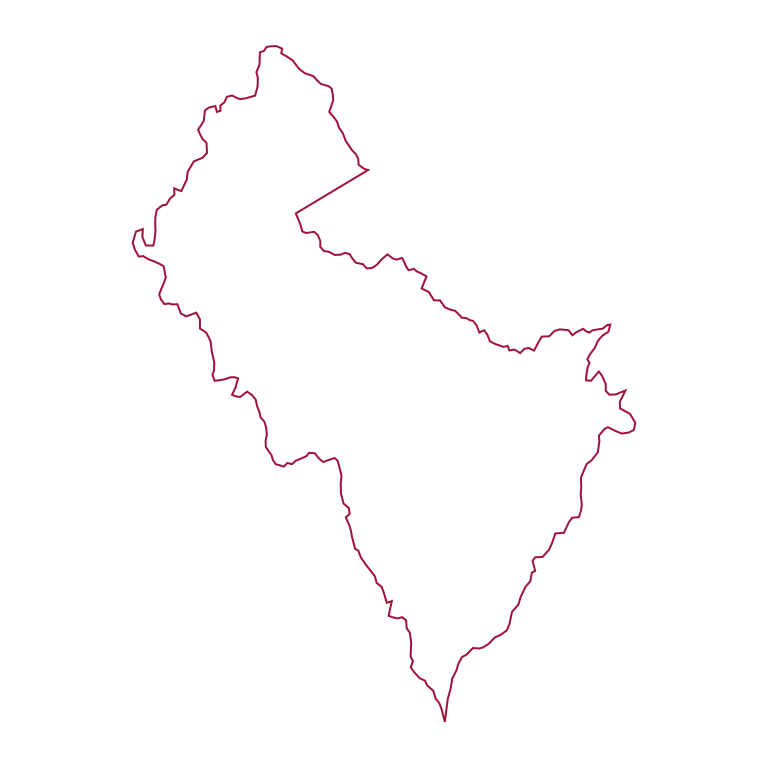 outline of Trombas, Goiás, Brazil
{"feature_id": "56859067B26848935724930", "entity_name": "Trombas", "entity_type": "district", "adm_level": 2, "iso_a3": "BRA", "parent_name": "Brazil", "parent_adm1": "Goiás", "projection": "equal_earth", "projection_center": [-48.759, -13.427], "detail": "fine", "context": "isolated", "style": "outline", "palette": "rose", "viewbox_px": 768, "rotation_deg": 0, "n_neighbors": 0, "source": "geoboundaries", "source_scale": "gbopen_adm2", "svg_char_len": 4143}
<svg xmlns="http://www.w3.org/2000/svg" viewBox="0 0 768 768"><path d="M444.8,721.9L447.7,699.3L450.7,688.3L452.1,679.0L456.4,670.4L458.2,664.2L462.0,657.0L466.3,654.8L473.0,648.0L479.5,648.5L483.2,647.3L488.7,643.8L495.0,637.3L500.4,635.0L506.8,630.4L509.4,624.2L512.0,611.9L518.4,604.6L520.6,597.1L525.4,587.0L530.3,581.2L531.8,572.7L535.2,570.9L532.6,560.9L535.2,557.3L542.6,556.9L548.9,549.9L551.8,543.8L555.3,533.5L563.9,532.8L569.0,522.0L572.2,517.7L578.8,517.2L581.0,510.7L581.8,504.7L580.7,494.4L581.3,487.8L580.9,477.6L586.6,464.1L591.7,460.2L597.9,452.1L599.4,441.1L598.9,435.6L604.5,429.0L608.0,427.2L615.1,430.8L622.0,433.6L628.8,432.5L633.9,430.0L635.3,422.7L630.0,413.9L620.1,408.5L619.8,401.9L625.4,390.5L615.8,394.4L609.3,394.7L605.8,390.8L605.6,383.6L602.0,375.8L598.9,371.5L590.9,380.8L586.0,380.3L586.6,373.0L587.7,367.2L589.5,362.9L587.3,359.2L590.3,353.9L594.8,347.9L597.7,341.3L600.4,337.9L603.2,335.1L608.4,331.8L610.3,324.5L606.7,325.3L602.8,328.6L592.5,330.3L589.4,332.6L586.0,331.3L583.2,328.8L576.1,332.3L572.4,335.3L568.6,330.3L564.6,329.8L559.8,329.4L554.4,331.0L549.2,336.3L541.8,336.6L538.9,341.4L534.1,350.6L528.8,348.0L524.4,348.8L520.2,353.1L514.7,349.6L509.3,350.4L507.7,345.9L503.7,346.9L495.4,344.1L490.0,341.4L487.4,334.8L484.0,330.2L479.4,332.6L476.4,325.0L473.0,320.9L469.7,320.1L466.1,318.0L462.0,317.8L458.6,314.2L455.3,310.9L449.9,309.5L445.0,307.4L440.1,300.4L434.0,300.4L428.9,292.1L421.7,288.5L423.4,284.1L426.5,276.5L420.6,273.0L416.8,271.5L413.9,268.9L408.6,270.2L406.2,266.5L402.2,258.0L396.6,259.6L392.7,258.4L387.5,254.4L381.7,259.3L377.0,264.7L372.4,267.8L366.9,268.5L362.9,264.2L355.9,262.7L352.4,258.5L349.5,254.0L344.9,252.9L340.6,254.7L334.6,254.9L329.1,251.9L323.8,250.9L320.3,246.9L320.3,241.1L317.8,235.1L314.1,231.8L306.1,233.0L302.3,231.5L300.5,224.8L295.8,213.4L368.1,170.0L364.0,168.8L358.6,164.7L358.2,158.7L355.6,153.9L352.2,150.4L346.0,141.4L342.7,133.0L338.9,127.5L337.1,121.8L334.6,118.2L329.2,111.9L333.2,100.4L332.9,95.6L331.7,88.6L328.6,86.2L321.0,84.0L317.4,80.7L313.4,76.2L304.8,73.2L299.2,69.0L292.6,60.4L286.6,56.4L281.3,53.3L282.1,48.6L276.3,46.1L270.2,46.3L266.4,47.1L264.0,50.9L259.9,52.3L259.5,64.9L256.4,72.2L257.7,77.2L257.8,82.0L257.5,86.8L255.1,95.6L245.5,98.4L239.9,99.1L236.0,97.6L232.1,95.5L227.0,96.8L224.3,102.4L220.3,105.6L220.5,110.7L217.0,112.0L215.3,106.1L209.3,107.4L205.0,110.2L203.7,121.0L198.1,129.8L200.3,134.8L202.6,139.1L206.5,142.8L207.0,152.9L202.7,157.7L193.8,161.4L187.6,172.0L186.9,179.3L181.3,191.1L174.2,188.4L174.4,194.8L170.1,198.4L166.4,204.6L162.3,205.4L156.8,209.7L155.4,217.3L155.2,224.0L155.5,231.1L154.6,239.4L153.3,245.6L145.8,245.4L142.4,237.1L142.8,229.1L135.9,231.7L132.7,242.8L134.9,249.7L138.9,256.6L143.2,256.1L148.2,259.2L154.1,261.4L160.2,264.2L163.6,266.2L164.6,271.3L165.8,277.6L163.5,283.8L161.1,289.4L159.2,294.4L160.9,299.4L164.5,304.2L168.6,303.4L172.1,304.4L177.4,304.2L180.8,313.4L186.3,316.4L191.8,314.3L196.3,312.7L199.9,319.3L200.0,328.6L203.1,330.5L206.3,332.8L208.6,337.1L210.6,341.4L211.9,352.0L214.3,362.7L214.0,370.5L212.5,374.8L214.6,380.8L219.1,380.3L224.7,379.3L230.4,377.3L234.6,377.2L238.1,378.5L236.6,383.3L235.5,387.6L232.0,394.8L236.0,396.4L240.3,396.9L247.1,391.6L252.0,395.1L255.7,399.6L257.0,405.9L259.5,412.3L260.5,417.2L264.4,421.8L266.1,427.5L266.9,434.6L265.6,440.4L265.8,446.8L268.9,451.6L271.4,454.9L272.9,459.9L275.7,464.2L279.6,465.2L283.8,466.7L287.3,463.0L292.1,464.2L295.8,460.7L301.1,458.5L306.3,456.2L309.1,452.9L314.8,453.2L318.2,457.7L323.1,462.0L328.9,459.9L334.7,458.0L337.7,460.9L339.7,468.3L341.5,476.0L340.7,484.0L341.0,493.6L343.6,503.6L348.9,508.1L349.6,514.0L345.8,517.4L349.4,525.5L350.9,530.5L351.8,536.0L355.1,548.8L358.3,550.6L360.8,557.4L365.7,564.5L370.3,570.4L375.0,576.5L376.7,583.0L381.6,586.8L383.6,592.1L386.8,602.8L391.8,601.1L389.9,609.9L388.6,615.8L392.4,617.2L397.3,618.4L402.3,617.2L406.1,620.3L406.7,628.2L409.8,632.8L411.2,642.5L411.0,647.8L410.6,656.6L412.9,661.1L410.8,667.4L414.0,671.9L419.6,678.2L425.0,680.7L427.1,685.4L433.2,690.7L435.7,698.7L439.4,703.3L441.8,709.9L443.1,715.1L444.8,721.9Z" fill="none" stroke="#9f1239" stroke-width="2"/></svg>